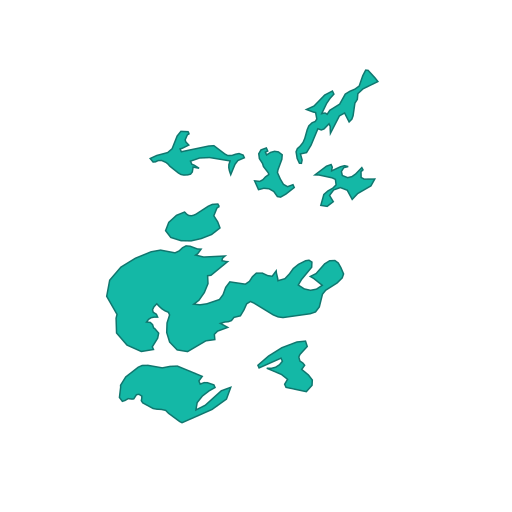 SVG path tracing the border of Orkney, rotated 336°
{"feature_id": "GBR-2744", "entity_name": "Orkney", "entity_type": "Unitary District", "adm_level": 1, "iso_a3": "GBR", "parent_name": "United Kingdom", "parent_adm1": "", "projection": "robinson", "projection_center": [-2.916, 59.046], "detail": "fine", "context": "isolated", "style": "filled", "palette": "teal", "viewbox_px": 512, "rotation_deg": 336, "n_neighbors": 0, "source": "natural_earth", "source_scale": "10m", "svg_char_len": 5142}
<svg xmlns="http://www.w3.org/2000/svg" viewBox="0 0 512 512"><g transform="rotate(336 256 256)"><path d="M321.3,290.3L326.2,292.2L328.3,295.8L328.8,301.1L328.7,308.0L325.8,311.1L319.2,313.6L305.8,315.6L301.2,317.9L293.1,328.3L287.6,331.3L282.1,330.8L255.6,323.2L251.4,320.6L247.8,316.8L235.0,298.2L232.4,295.3L228.0,295.9L223.1,300.3L217.4,304.3L210.9,303.1L207.3,305.0L204.1,304.8L200.6,303.6L196.1,303.1L201.1,309.7L190.3,309.0L186.1,310.6L184.4,315.6L175.7,313.1L154.6,315.5L145.8,309.7L142.1,299.5L143.3,289.6L147.5,281.0L153.1,274.7L153.1,271.8L150.5,269.0L148.5,265.9L147.1,262.7L145.9,259.3L142.1,260.9L139.6,263.0L139.2,265.6L141.3,268.7L141.3,271.8L138.0,270.4L135.0,269.7L132.0,270.2L129.1,271.8L132.4,273.7L133.6,276.6L133.2,280.2L133.9,280.9L135.7,286.9L132.7,291.1L124.3,296.8L124.3,299.7L112.4,296.6L101.9,284.9L97.3,269.6L102.9,255.9L105.3,252.8L103.2,232.1L112.5,218.6L128.1,211.2L144.9,209.0L161.9,209.5L171.2,211.8L183.3,220.2L187.9,220.1L192.2,218.6L196.2,218.3L199.8,220.3L205.4,225.8L208.6,227.4L203.6,230.2L201.2,230.6L207.8,235.7L227.7,243.4L225.2,244.1L224.1,244.8L223.0,246.5L224.5,247.5L226.2,248.8L227.7,249.6L207.0,255.3L203.8,254.3L200.9,261.7L193.9,268.4L185.9,273.2L179.6,274.7L184.9,277.8L191.7,279.7L204.9,280.9L210.2,277.9L215.6,272.3L221.6,269.0L234.8,277.4L239.7,276.5L244.3,273.5L249.3,271.8L254.8,274.2L258.6,278.6L262.5,281.1L268.4,277.8L267.7,279.9L266.7,285.3L266.0,287.5L273.2,288.5L279.2,286.0L285.0,282.6L291.4,280.9L299.4,280.5L302.7,281.4L304.6,284.3L302.3,288.9L288.0,296.0L282.8,299.7L286.7,305.7L291.8,309.5L297.8,310.9L304.6,309.7L299.6,300.0L297.3,296.8L303.8,296.5L315.5,291.1L321.3,290.3ZM138.5,372.2L149.0,371.7L169.5,365.0L179.5,365.7L170.8,374.7L153.4,378.3L120.6,378.2L118.9,376.1L112.2,364.3L110.7,360.3L107.2,357.7L103.1,355.6L100.0,353.5L92.8,344.1L92.4,341.5L93.8,339.5L94.7,337.5L92.8,334.7L90.4,334.1L86.2,336.8L84.6,336.3L81.2,334.3L77.6,334.7L74.8,334.4L73.7,329.7L79.0,320.8L79.7,319.0L87.8,313.5L103.2,309.7L107.5,309.7L112.9,312.0L124.9,320.1L132.6,321.9L139.4,324.6L157.9,344.1L153.0,346.9L152.9,350.3L157.1,350.6L160.0,351.9L165.1,356.6L165.1,359.5L158.4,360.1L150.1,362.1L142.6,366.0L138.5,372.2ZM419.4,142.7L426.9,134.7L431.8,130.8L433.9,132.0L437.2,141.8L438.3,146.2L421.8,146.8L415.1,149.1L412.3,154.1L408.5,156.6L401.7,167.4L399.2,170.0L395.6,171.4L395.1,161.4L389.2,161.9L373.9,174.2L375.7,169.5L376.5,168.0L376.5,164.9L369.8,167.6L366.9,167.4L364.3,164.9L351.4,177.1L344.2,182.1L338.1,180.8L337.2,187.0L335.2,189.8L333.4,188.9L333.3,183.6L335.0,177.1L337.5,174.7L340.8,173.7L345.2,171.4L348.4,168.4L354.2,161.4L357.2,158.6L361.4,157.1L364.8,157.2L367.3,155.6L368.8,149.2L366.9,147.8L361.7,142.7L370.0,142.6L384.2,136.9L392.9,136.4L393.0,139.8L387.8,142.1L382.6,145.3L373.9,152.7L376.5,153.2L377.6,153.8L378.6,155.5L382.7,152.9L394.2,151.3L403.4,144.4L408.7,143.7L414.3,143.8L419.4,142.7ZM208.7,130.4L205.4,129.0L202.5,129.1L200.2,128.3L199.0,123.9L206.2,123.8L217.4,125.6L223.0,123.9L232.8,114.3L238.1,111.6L244.5,114.8L244.6,116.8L244.2,117.3L243.3,117.2L242.3,117.6L238.5,121.1L238.3,123.3L239.7,127.3L232.5,127.6L230.2,127.3L230.2,130.4L257.5,136.3L262.4,138.1L269.0,150.1L271.0,152.7L275.0,154.4L278.7,154.7L282.2,155.5L285.3,158.6L285.3,161.5L278.3,161.4L274.1,163.7L266.0,171.4L266.4,167.3L267.1,164.2L268.4,161.5L271.0,158.6L253.7,147.2L244.3,143.5L234.7,142.7L234.7,146.1L236.4,147.8L239.7,152.7L234.7,149.2L232.0,153.3L229.5,154.6L226.6,154.1L223.0,152.7L220.6,151.0L218.8,148.5L213.8,138.9L213.1,136.4L211.9,134.0L208.7,130.4ZM242.3,350.3L258.4,351.2L266.6,353.9L266.0,359.5L256.1,363.8L254.0,365.7L253.4,369.8L255.3,372.9L256.0,375.6L251.6,378.2L255.5,386.0L257.0,392.2L254.6,396.9L246.8,400.4L230.0,388.2L230.0,384.8L234.7,381.5L231.1,374.6L220.2,362.9L224.4,364.9L228.8,365.6L233.2,364.9L237.3,362.9L237.3,359.5L213.3,359.5L213.3,356.6L226.8,352.5L242.3,350.3ZM224.2,218.3L213.1,217.8L202.9,215.8L193.7,211.5L185.7,204.4L183.7,196.1L190.0,189.8L199.9,186.5L208.6,186.8L209.0,187.7L209.6,189.5L211.0,191.6L213.4,193.0L215.7,193.4L218.2,193.4L232.6,191.1L237.1,191.1L242.3,193.0L242.5,195.3L242.0,196.0L241.0,196.0L239.7,196.4L233.8,202.1L234.9,209.4L234.5,215.7L224.2,218.3ZM386.2,221.7L384.0,227.0L386.1,229.8L395.8,234.0L389.5,238.7L374.3,240.3L366.9,243.4L366.1,233.0L360.9,227.8L353.9,227.2L347.8,230.6L348.7,237.8L341.2,239.6L335.8,236.1L343.0,227.4L348.2,225.8L353.7,225.3L358.1,223.6L359.7,218.3L357.4,215.6L346.6,207.7L342.9,205.9L356.9,202.6L361.8,203.0L361.8,205.9L360.7,207.3L359.7,209.0L369.4,208.8L373.6,209.5L376.6,211.8L372.1,211.0L368.4,213.5L367.6,217.6L371.6,221.7L375.9,222.5L380.4,221.6L388.6,218.3L388.8,220.7L388.1,221.3L387.2,221.2L386.2,221.7ZM285.3,186.8L289.8,189.4L293.4,189.1L296.8,187.6L300.8,186.8L301.1,185.2L299.2,177.3L299.6,174.2L298.7,168.4L300.1,163.7L303.7,161.1L309.4,161.5L309.4,164.9L306.8,164.9L306.8,168.0L311.4,167.3L315.5,167.9L318.8,170.0L321.1,174.2L318.9,178.2L311.1,186.2L309.5,188.5L309.5,195.7L310.2,201.7L313.0,205.5L318.8,205.9L318.8,209.0L308.5,211.6L302.4,212.2L299.7,210.4L298.5,204.3L295.3,199.9L290.7,197.3L285.3,196.4L285.3,186.8Z" fill="#14b8a6" stroke="#0f766e" stroke-width="1.5"/></g></svg>